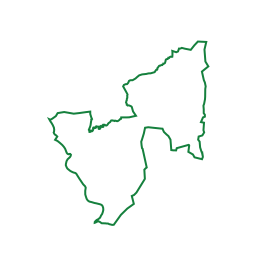 outline of Rimin Gado, Kano, Nigeria, rotated 101°
{"feature_id": "59680162B46553103488347", "entity_name": "Rimin Gado", "entity_type": "district", "adm_level": 2, "iso_a3": "NGA", "parent_name": "Nigeria", "parent_adm1": "Kano", "projection": "orthographic", "projection_center": [8.273, 11.925], "detail": "fine", "context": "isolated", "style": "outline", "palette": "green", "viewbox_px": 256, "rotation_deg": 101, "n_neighbors": 0, "source": "geoboundaries", "source_scale": "gbopen_adm2", "svg_char_len": 4473}
<svg xmlns="http://www.w3.org/2000/svg" viewBox="0 0 256 256"><g transform="rotate(101 128 128)"><path d="M134.4,207.0L136.0,205.7L137.8,203.9L139.5,202.4L141.8,200.8L143.8,200.1L145.8,199.9L146.6,200.1L147.6,199.4L148.4,198.5L148.9,197.2L149.9,195.8L153.5,197.3L154.2,194.7L155.5,192.2L157.2,189.3L158.7,187.4L160.3,185.8L164.1,183.4L164.9,182.4L165.1,181.4L164.6,180.5L164.5,179.8L165.2,178.9L166.5,179.0L167.8,179.5L169.0,180.4L170.2,181.3L172.3,182.0L175.2,182.1L176.5,181.9L178.6,180.5L179.5,179.6L181.2,176.4L181.9,174.0L182.1,172.8L182.2,171.2L182.7,170.1L185.3,167.7L187.0,166.1L190.3,162.8L191.8,161.3L193.4,159.0L194.7,158.1L197.8,158.0L201.3,157.3L202.7,156.6L205.4,155.1L206.8,153.7L207.6,151.9L207.7,149.5L208.0,146.6L208.0,144.7L208.2,141.0L208.5,139.4L208.9,138.7L209.6,138.0L211.2,137.1L213.2,136.6L215.4,136.7L217.4,137.0L218.9,137.7L221.3,138.3L223.1,139.7L224.2,141.1L225.3,142.0L225.5,142.1L226.6,142.7L227.4,142.6L226.9,141.7L226.0,140.7L225.2,139.2L225.6,137.6L226.5,135.7L226.1,133.1L225.9,131.9L225.9,131.2L225.6,129.5L225.6,129.3L226.0,128.0L226.0,127.0L226.0,126.7L226.1,125.8L226.1,124.9L225.7,123.5L214.6,118.4L207.2,113.3L201.4,107.8L194.0,111.3L192.6,109.3L189.8,107.4L174.9,101.8L174.5,101.8L165.8,104.0L164.5,103.2L164.1,102.9L163.2,102.1L145.6,109.7L145.1,110.4L142.3,111.4L138.9,112.4L137.0,112.1L130.3,111.4L124.5,111.3L123.4,108.3L122.3,95.7L122.1,94.0L125.0,92.0L126.9,89.1L128.2,86.8L131.3,84.1L136.3,82.7L141.4,81.3L141.3,79.4L140.8,76.5L138.5,76.3L133.0,65.3L133.1,64.9L133.5,64.6L139.9,64.2L141.6,59.2L144.1,57.1L144.5,49.4L142.2,49.0L141.0,49.3L140.1,49.9L139.4,49.8L138.8,50.4L137.7,50.5L137.5,51.2L135.5,52.3L133.3,53.5L127.7,55.1L126.1,56.9L122.9,57.0L121.1,53.6L117.8,52.4L115.8,53.5L108.3,54.4L108.3,57.5L103.3,56.4L102.2,54.7L100.3,55.1L99.0,56.5L95.3,57.2L91.7,58.2L89.7,57.9L85.2,57.9L82.7,58.2L75.0,59.6L72.3,59.7L68.7,61.2L66.5,62.7L63.1,64.2L58.5,66.2L52.2,60.9L48.0,64.7L36.4,67.9L28.6,67.6L29.8,75.9L34.1,78.6L39.3,81.3L39.3,87.3L39.1,90.5L39.9,91.5L40.2,92.4L40.3,93.1L43.3,93.5L44.4,95.1L43.9,99.2L44.8,98.9L47.8,98.3L49.6,98.1L49.8,98.5L49.8,98.9L49.8,99.4L49.9,99.9L50.3,100.4L50.8,100.7L51.3,100.9L51.3,101.8L51.9,102.0L52.7,102.2L52.9,102.7L53.0,103.2L53.4,103.7L53.8,103.9L54.4,104.0L55.0,103.9L55.9,104.0L57.0,104.1L57.4,104.3L57.7,104.7L58.1,105.1L58.1,105.6L58.6,105.6L59.0,106.0L59.2,106.4L59.7,106.5L59.9,107.3L60.3,107.9L60.7,108.3L60.8,109.0L61.2,109.4L61.9,109.7L62.8,110.1L63.4,110.5L63.9,110.5L64.6,110.4L65.1,110.5L65.1,111.0L65.5,111.4L66.0,111.6L66.4,111.8L66.9,112.1L67.5,112.2L68.2,112.7L70.0,116.2L70.5,118.3L71.5,120.5L72.7,124.4L74.2,127.1L76.4,128.9L78.0,130.1L80.2,132.6L80.7,134.9L81.6,136.0L83.6,136.4L85.1,137.3L85.5,138.8L86.5,140.2L88.1,140.7L92.5,137.0L94.7,135.2L95.4,134.8L96.3,135.0L97.0,134.7L97.8,134.7L98.5,134.4L99.5,134.7L101.1,134.5L101.9,134.8L102.7,134.7L103.3,134.8L104.5,133.9L104.7,133.7L105.4,133.7L105.8,133.0L106.0,132.7L105.6,131.6L106.0,129.4L106.4,128.5L107.4,127.9L110.8,126.2L114.5,122.5L117.3,128.9L117.7,130.7L118.9,136.7L120.3,136.6L120.5,137.0L120.8,137.5L121.5,137.8L122.0,138.2L122.6,138.8L123.2,139.4L123.4,140.2L123.2,141.6L123.3,141.9L123.7,142.5L123.4,143.2L123.6,143.7L123.7,144.0L123.5,144.8L123.6,145.3L123.9,146.0L125.6,146.7L126.9,148.0L127.7,148.4L128.4,148.6L129.0,149.0L129.5,149.4L129.8,150.0L129.7,150.4L129.6,150.9L129.3,151.3L129.3,151.9L129.4,152.4L129.5,152.8L129.6,153.1L130.0,153.2L130.3,153.1L130.4,152.7L130.6,152.5L130.9,152.4L131.4,152.4L131.8,152.8L131.8,153.2L131.9,153.8L131.7,154.3L131.4,154.6L131.1,154.9L131.6,155.6L132.0,155.6L132.5,155.4L133.3,155.1L133.9,155.2L134.3,155.7L134.5,156.3L134.3,156.7L134.1,156.8L133.7,156.7L133.0,157.0L132.4,157.3L132.3,157.7L132.5,158.1L132.5,158.6L132.4,159.0L132.4,159.5L132.8,159.7L132.8,159.4L133.1,159.4L133.5,159.4L134.1,159.8L134.3,160.5L133.9,160.6L133.9,161.4L134.2,162.1L134.8,162.3L135.2,162.2L135.2,161.9L135.6,161.8L136.5,161.9L137.2,162.1L137.8,162.4L138.2,162.9L138.2,163.2L137.9,163.2L137.6,163.1L137.5,163.6L137.5,164.0L137.8,164.3L138.1,164.3L138.2,164.1L138.6,164.0L139.0,164.3L139.1,164.6L139.2,165.1L137.8,165.6L137.3,166.1L135.8,165.8L133.7,165.4L132.3,165.3L130.4,165.4L128.5,165.5L127.1,165.4L126.6,165.7L126.3,165.5L126.1,165.3L126.0,165.1L125.6,165.3L125.4,165.5L124.7,166.0L121.5,167.7L119.1,168.2L120.5,172.5L122.6,178.6L124.3,184.0L124.5,193.7L126.8,199.9L130.1,201.1L133.4,204.2L134.7,205.8L134.4,207.0Z" fill="none" stroke="#15803d" stroke-width="2"/></g></svg>